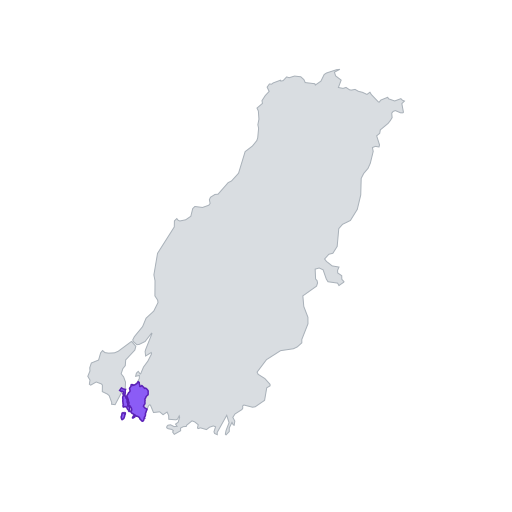 Çanakkale on a map of Turkey (Equal Earth projection), rotated 300°
{"feature_id": "TUR-2239", "entity_name": "Çanakkale", "entity_type": "Province", "adm_level": 1, "iso_a3": "TUR", "parent_name": "Turkey", "parent_adm1": "", "projection": "equal_earth", "projection_center": [26.526, 40.093], "detail": "fine", "context": "in_parent", "style": "filled", "palette": "violet", "viewbox_px": 512, "rotation_deg": 300, "n_neighbors": 0, "source": "natural_earth", "source_scale": "10m", "svg_char_len": 6758}
<svg xmlns="http://www.w3.org/2000/svg" viewBox="0 0 512 512"><g transform="rotate(300 256 256)"><path d="M384.6,182.9L391.4,185.3L393.5,183.5L399.6,183.8L405.1,185.1L407.8,181.2L411.7,181.6L412.6,183.6L414.4,184.3L420.5,189.3L419.9,190.0L421.4,191.8L426.4,193.0L427.0,195.6L431.1,199.4L433.6,205.2L432.7,209.3L430.8,211.9L434.6,220.8L433.7,221.9L439.9,224.8L447.3,224.3L449.8,225.6L457.6,232.6L459.6,235.3L454.4,232.0L451.8,234.9L450.9,241.8L443.1,243.1L444.7,247.6L447.0,249.7L446.7,254.0L447.4,255.7L449.8,258.5L449.8,262.3L451.0,266.4L451.4,271.3L454.8,272.8L453.5,275.1L450.6,285.0L450.9,285.8L453.4,286.1L459.3,290.7L458.4,292.2L459.6,298.6L464.7,302.8L464.1,304.9L464.4,307.1L460.9,306.1L454.2,311.8L453.4,311.6L452.3,309.7L451.6,304.0L449.8,302.5L447.6,302.1L443.9,304.7L440.4,304.6L436.9,304.1L427.4,300.6L424.1,301.8L420.4,300.4L414.0,307.4L411.9,308.0L410.6,304.5L408.1,302.6L405.2,305.2L393.5,308.6L388.0,309.2L381.3,308.0L375.8,308.3L361.2,316.2L347.0,320.4L334.0,320.0L326.7,315.1L321.1,314.0L304.9,321.5L296.8,321.2L293.9,318.2L287.7,316.9L286.5,319.8L285.5,326.9L287.9,333.4L284.4,333.8L282.2,335.2L281.8,340.1L278.7,342.0L277.8,345.0L277.2,345.1L271.9,342.6L273.3,340.2L269.7,331.2L271.2,328.4L277.6,321.0L277.2,316.7L274.2,313.8L265.9,319.1L265.2,321.2L263.4,322.8L260.2,323.5L244.9,316.5L236.2,322.6L228.9,331.6L223.3,334.9L206.6,337.4L203.7,339.1L197.9,337.2L194.4,334.8L186.3,324.6L171.5,316.9L156.0,315.0L154.6,317.0L154.3,324.9L151.9,332.3L150.6,333.1L147.2,331.2L135.3,335.6L125.0,330.7L123.3,328.6L120.9,320.0L119.4,319.4L117.7,320.6L116.0,320.6L108.7,316.8L104.7,316.6L102.4,320.2L98.5,321.7L98.4,320.7L99.9,318.4L93.8,318.8L90.6,320.6L86.1,319.5L86.4,318.5L90.0,317.3L98.2,316.0L103.4,310.3L83.8,310.6L81.9,311.8L81.6,308.9L82.7,307.5L87.9,306.4L87.5,304.0L84.4,301.3L80.9,299.9L79.4,293.8L77.6,292.2L77.8,291.3L81.0,290.3L81.7,285.8L81.2,283.0L74.9,280.6L73.5,280.8L71.9,278.4L69.2,276.7L67.0,278.1L60.7,274.4L61.9,271.8L63.4,271.8L63.7,269.8L62.5,266.3L62.6,264.5L64.0,264.0L65.5,264.4L67.1,266.4L67.3,270.4L69.0,272.8L70.2,270.4L73.1,271.7L78.2,270.5L79.2,269.4L75.5,269.6L74.1,268.6L71.0,262.1L74.1,260.2L76.4,257.0L72.1,254.9L72.9,250.5L69.2,245.5L74.1,239.1L73.9,238.2L72.3,237.8L56.9,240.5L56.7,237.7L57.8,235.2L57.7,229.1L58.4,225.7L61.3,224.8L64.7,219.9L70.4,214.2L76.2,214.3L78.6,212.7L82.1,212.6L83.1,214.9L86.2,216.4L91.6,216.2L94.2,214.7L91.6,211.9L94.7,211.0L97.2,211.7L95.9,214.7L96.6,215.0L103.6,214.1L110.9,214.9L119.0,214.5L120.0,213.5L114.2,210.4L117.9,207.7L119.9,207.2L136.8,204.7L136.9,204.1L126.5,202.7L121.1,199.1L119.6,197.2L120.6,192.4L121.7,191.2L125.4,191.0L138.2,193.1L147.2,191.9L157.2,195.0L166.7,194.4L168.6,192.9L170.9,188.4L184.1,180.9L188.6,177.0L209.1,169.4L240.3,170.7L245.6,167.8L248.8,168.7L248.0,170.7L248.2,172.5L252.2,177.0L257.8,179.7L265.4,177.5L268.3,178.3L271.3,185.4L276.3,189.7L278.6,190.0L281.4,187.5L284.1,187.2L288.8,189.7L290.5,192.2L305.6,195.2L308.8,197.3L319.0,199.5L341.0,194.4L349.4,197.9L356.3,199.0L359.2,198.4L367.9,194.4L370.6,192.0L376.0,190.1L382.8,185.5L384.6,182.9ZM97.4,170.4L96.8,173.5L98.2,177.0L101.4,181.9L104.6,184.3L119.8,190.9L117.7,197.1L113.9,198.1L100.9,195.1L95.7,197.6L91.9,197.0L86.6,198.1L85.1,201.8L81.5,206.1L71.1,211.4L61.6,222.0L58.9,223.3L60.1,219.8L60.0,216.6L64.1,212.9L70.0,210.1L71.5,207.8L56.8,208.3L55.4,205.0L56.9,204.4L61.7,198.6L62.1,196.3L61.7,190.7L67.4,187.5L67.9,186.1L67.0,180.6L61.5,177.4L61.6,175.8L65.5,174.3L67.7,170.5L73.4,169.7L76.1,167.9L81.0,166.9L87.2,171.7L94.5,169.9L97.4,170.4ZM53.9,221.6L48.9,222.5L47.4,221.6L49.0,219.9L52.8,218.8L54.0,220.5L53.9,221.6Z" fill="#d9dde1" stroke="#a8b0b8" stroke-width="1"/><path d="M68.9,238.2L64.3,239.0L63.8,239.2L63.6,239.5L63.4,239.5L62.5,240.0L62.3,240.1L62.0,240.1L60.9,239.9L60.7,240.0L60.4,240.1L60.1,240.1L60.0,240.4L59.9,240.4L59.9,240.6L59.7,240.5L59.5,240.3L57.8,240.8L56.9,240.8L56.1,240.3L56.0,239.7L56.5,238.2L56.9,236.8L57.7,236.0L57.9,235.4L58.0,233.8L57.9,233.5L57.5,232.7L57.4,232.4L57.5,232.1L57.7,231.8L57.7,231.1L57.8,230.4L57.8,230.1L57.4,230.1L57.6,229.7L57.9,228.3L57.9,228.1L57.8,227.6L57.7,227.3L57.8,227.1L58.0,226.7L58.1,226.2L58.6,225.4L58.8,225.2L59.9,225.6L60.3,225.4L61.0,225.1L61.2,224.9L62.1,224.0L62.3,223.7L62.4,223.4L62.4,223.1L62.5,222.9L62.5,222.7L62.8,222.5L63.0,222.4L63.1,222.1L63.2,221.5L63.2,221.0L63.0,220.6L63.2,220.2L63.3,220.0L63.7,220.0L64.0,219.9L64.6,219.7L65.3,219.5L65.7,219.1L66.6,217.9L66.8,217.7L67.0,217.7L67.3,217.5L67.6,217.3L69.9,214.5L70.3,214.1L71.2,214.0L73.0,214.2L73.8,214.0L74.0,214.1L74.6,214.4L75.8,214.5L76.3,214.4L76.9,213.9L77.4,213.3L78.0,212.7L79.0,212.7L79.8,212.8L80.6,212.9L81.1,212.7L81.8,212.3L82.1,212.3L82.5,212.6L82.7,213.0L83.0,213.8L82.7,214.0L82.5,213.9L82.4,213.9L82.3,214.0L83.2,215.0L84.4,215.8L85.7,216.4L87.2,216.8L87.8,216.8L88.0,216.7L88.3,216.8L88.1,218.1L87.1,218.7L85.6,220.3L85.3,220.4L85.0,220.6L85.4,221.4L86.3,221.8L86.7,221.9L86.7,222.0L86.6,222.6L86.3,223.5L86.2,224.2L86.0,224.9L85.9,225.1L85.6,225.6L86.0,226.2L86.4,226.5L86.3,227.6L85.9,228.8L85.4,229.9L84.6,230.5L83.7,230.9L82.8,231.5L81.9,231.9L80.3,231.3L78.7,231.1L78.2,231.4L77.5,231.3L76.5,231.3L75.6,232.1L74.0,232.7L73.2,233.4L72.3,233.7L70.4,233.5L69.5,233.7L68.8,235.9L68.9,238.2ZM75.2,209.7L74.9,209.7L74.1,210.0L72.8,210.7L72.5,211.0L72.1,211.3L70.8,211.5L70.4,211.7L69.7,212.3L69.4,212.5L69.2,212.6L69.0,213.5L68.8,213.8L68.1,214.2L67.9,214.4L67.9,214.9L67.8,215.3L67.4,215.7L66.3,216.8L66.1,216.9L65.5,217.1L65.2,217.3L64.7,217.8L64.6,218.0L64.1,218.7L63.7,219.0L63.2,219.3L62.7,219.5L62.2,219.6L61.9,219.8L62.0,220.4L62.3,220.9L62.6,221.1L61.6,222.1L61.2,222.4L60.4,222.9L59.7,223.5L58.3,224.0L58.1,224.1L57.9,223.9L58.0,223.6L58.1,223.2L58.3,223.1L58.6,222.8L58.9,222.2L59.0,221.6L59.1,221.3L60.1,220.0L60.4,219.0L60.3,218.2L59.9,217.6L59.2,217.1L59.4,216.9L59.5,216.7L59.4,216.6L59.1,216.5L59.0,216.4L59.2,216.1L59.5,215.9L59.9,215.6L61.0,215.2L61.4,215.2L61.7,214.6L62.8,213.9L63.8,213.1L65.1,212.6L66.0,211.8L66.6,211.4L67.3,211.1L67.9,211.0L68.9,211.1L69.2,211.0L69.5,210.6L69.9,209.9L70.2,209.6L70.7,209.8L71.4,209.6L72.0,209.1L72.3,208.5L71.6,207.1L71.5,206.9L71.3,206.9L71.4,205.1L74.5,205.4L74.5,207.6L75.2,209.7ZM54.8,220.8L54.8,221.3L54.3,221.6L53.8,221.8L52.4,222.0L51.4,222.4L49.5,222.7L49.1,222.7L48.5,222.5L48.3,222.4L48.2,222.2L47.3,221.9L47.3,221.7L47.8,220.9L48.5,220.2L49.4,219.6L50.8,219.4L52.7,218.7L52.9,218.6L53.2,218.7L53.3,218.8L53.5,219.0L53.9,219.2L53.9,219.4L53.9,219.7L53.8,220.0L53.8,220.4L53.9,220.6L53.7,221.0L53.9,221.1L54.3,221.0L54.7,220.8L54.8,220.8ZM55.8,230.1L56.2,229.9L56.3,230.1L56.3,231.1L56.1,231.5L55.8,231.5L55.1,231.0L54.4,230.7L54.2,230.5L54.0,230.1L54.2,229.9L54.6,229.8L55.4,229.8L55.5,229.9L55.8,230.1Z" fill="#8b5cf6" stroke="#5b21b6" stroke-width="1.5"/></g></svg>